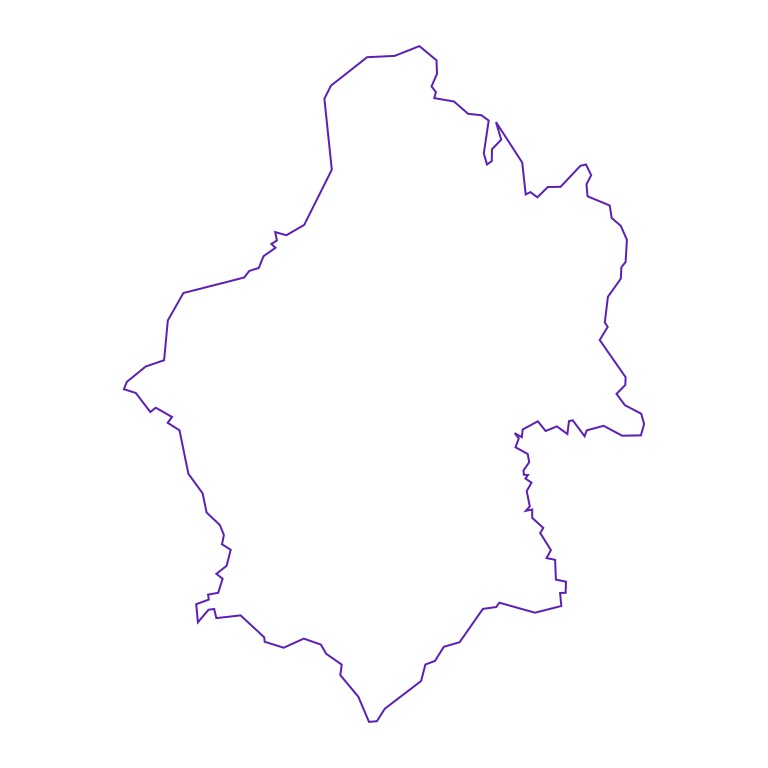 Makham, Chanthaburi, Thailand (Mercator projection)
{"feature_id": "78962969B16379000118179", "entity_name": "Makham", "entity_type": "district", "adm_level": 2, "iso_a3": "THA", "parent_name": "Thailand", "parent_adm1": "Chanthaburi", "projection": "mercator", "projection_center": [102.241, 12.738], "detail": "medium", "context": "isolated", "style": "outline", "palette": "violet", "viewbox_px": 768, "rotation_deg": 0, "n_neighbors": 0, "source": "geoboundaries", "source_scale": "gbopen_adm2", "svg_char_len": 1917}
<svg xmlns="http://www.w3.org/2000/svg" viewBox="0 0 768 768"><path d="M123.9,389.2L135.8,393.0L150.3,412.0L155.8,407.7L172.0,417.0L167.7,422.8L179.5,430.3L188.4,473.8L202.6,493.3L206.6,512.5L219.9,525.1L223.9,535.0L222.0,544.3L230.7,549.8L226.6,565.8L216.4,573.8L222.6,578.8L218.2,592.8L208.1,594.6L208.8,599.6L196.2,604.2L197.9,622.3L208.6,609.7L214.2,609.0L216.3,618.1L240.6,615.4L264.2,637.3L264.7,641.8L283.7,647.7L303.8,638.6L320.9,644.6L326.2,653.8L341.7,664.6L340.3,675.1L358.3,696.7L369.0,721.9L376.9,721.2L384.8,708.7L421.1,681.0L425.4,664.5L435.0,660.9L443.8,646.8L459.6,642.2L482.9,608.9L496.3,607.0L499.3,602.7L535.0,612.7L561.3,606.0L560.1,593.0L565.6,592.8L566.0,581.7L555.9,579.6L555.1,559.8L546.6,558.1L550.9,550.1L540.2,533.0L543.3,527.9L532.2,517.9L532.2,509.5L525.9,510.8L529.8,506.3L526.7,491.1L531.5,482.7L525.4,478.5L528.0,475.1L523.8,474.7L523.5,470.4L529.2,462.2L527.7,454.0L515.5,447.3L518.8,438.4L514.7,433.2L521.8,437.1L522.7,429.5L537.8,421.3L545.6,431.0L556.9,426.4L567.4,434.0L569.0,421.1L572.7,420.3L584.6,436.2L586.7,430.4L603.6,425.8L622.1,435.7L640.9,435.4L644.1,424.1L641.2,413.7L624.9,405.2L616.5,393.9L625.3,385.0L625.6,377.2L599.7,340.0L607.7,326.9L604.8,322.5L607.9,296.8L620.8,278.7L621.4,267.2L625.6,262.0L626.9,239.7L620.8,225.9L611.7,218.0L609.7,205.5L587.5,196.3L586.5,184.2L591.2,175.2L586.0,164.5L580.4,165.8L560.6,186.8L547.8,187.0L537.4,197.3L530.4,192.1L525.7,194.4L522.2,162.5L496.0,122.1L501.2,139.7L492.0,149.2L491.8,161.1L487.0,164.5L483.8,153.4L488.7,120.6L481.4,115.2L468.1,113.8L454.0,101.5L434.3,98.1L435.9,92.1L431.5,86.4L437.0,73.8L436.5,60.3L419.4,46.1L394.6,55.9L367.1,57.2L331.0,85.6L324.4,98.7L331.8,169.7L304.2,224.9L286.4,235.2L275.2,232.1L276.9,240.5L271.4,244.0L275.5,247.8L263.6,256.1L258.8,267.9L249.2,271.0L244.2,277.5L183.4,293.0L167.8,320.5L164.1,360.2L145.7,366.5L126.8,381.9L123.9,389.2Z" fill="none" stroke="#5b21b6" stroke-width="2"/></svg>